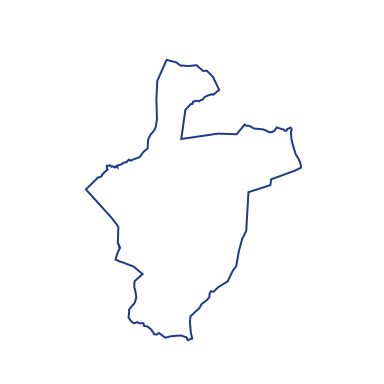 the district of Dange Shuni, Sokoto, Nigeria, rotated 240°
{"feature_id": "59680162B96995039930644", "entity_name": "Dange Shuni", "entity_type": "district", "adm_level": 2, "iso_a3": "NGA", "parent_name": "Nigeria", "parent_adm1": "Sokoto", "projection": "orthographic", "projection_center": [5.413, 12.816], "detail": "fine", "context": "isolated", "style": "outline", "palette": "blue", "viewbox_px": 384, "rotation_deg": 240, "n_neighbors": 0, "source": "geoboundaries", "source_scale": "gbopen_adm2", "svg_char_len": 3151}
<svg xmlns="http://www.w3.org/2000/svg" viewBox="0 0 384 384"><g transform="rotate(240 192 192)"><path d="M273.0,198.3L266.8,193.5L264.0,189.7L262.6,185.1L259.3,180.2L251.9,175.3L251.0,169.9L248.4,164.2L249.1,160.0L249.7,156.0L249.8,154.5L251.6,153.7L250.6,150.1L251.6,147.2L251.2,144.5L251.8,142.5L252.3,140.6L250.5,139.7L252.3,139.1L251.8,137.3L253.8,136.4L254.1,134.9L256.1,134.5L256.5,132.8L257.3,131.3L255.3,130.2L253.5,130.1L253.6,128.9L252.9,127.1L253.0,125.8L252.2,124.6L252.2,123.1L251.2,122.2L250.8,120.6L251.2,118.8L251.7,117.3L251.1,116.3L247.3,101.4L230.4,105.0L209.6,109.5L200.7,110.7L198.3,110.6L186.7,103.4L186.0,102.9L185.8,102.7L185.5,102.6L185.4,102.5L185.3,102.4L185.2,102.3L184.8,102.4L184.7,102.3L184.4,102.2L184.2,102.1L183.9,102.2L183.7,102.1L183.2,102.1L182.9,102.2L182.6,102.3L182.4,102.4L182.2,102.4L182.0,102.1L181.9,102.0L181.8,101.9L181.6,101.8L181.4,101.6L181.0,101.6L180.8,101.5L180.6,101.4L180.3,101.5L180.1,101.6L180.0,101.9L179.9,101.9L179.7,101.8L179.7,101.7L179.5,101.4L179.3,101.1L179.2,100.8L178.9,100.6L178.7,100.5L178.7,100.2L178.5,99.8L175.3,95.7L171.6,91.9L170.1,93.3L167.8,94.7L165.9,96.6L159.7,101.6L156.6,104.2L152.4,105.7L145.7,108.2L143.4,97.6L138.5,94.4L134.5,93.4L131.3,92.2L128.8,91.2L126.6,89.1L125.2,87.6L124.2,85.8L123.8,84.8L123.2,82.5L121.5,78.6L119.7,77.7L115.0,74.3L110.6,74.6L107.4,76.0L106.6,79.5L104.9,80.6L104.2,81.3L103.8,82.4L103.2,83.7L102.8,84.1L102.1,84.2L101.9,84.2L101.7,84.1L101.4,84.0L101.2,83.8L101.1,83.7L100.9,83.6L100.6,83.6L100.2,83.6L99.8,83.6L99.4,84.3L99.0,84.9L98.3,85.6L97.6,86.2L96.7,86.7L96.0,86.9L93.1,88.0L91.1,87.9L90.7,88.0L90.2,88.1L89.9,88.2L89.7,88.2L89.4,88.2L88.9,88.2L88.5,88.1L88.1,88.0L87.8,88.0L87.4,88.6L87.1,89.0L86.8,89.4L86.4,89.9L86.1,90.3L86.1,90.5L86.3,90.9L86.3,91.1L86.4,91.4L86.4,91.7L86.4,91.9L86.5,92.1L86.5,92.4L86.4,92.7L86.4,92.9L79.2,96.0L77.6,101.6L75.2,106.9L73.0,110.9L68.8,114.6L65.8,114.2L65.6,116.2L64.9,118.9L70.9,120.7L80.6,125.3L85.1,128.5L87.9,140.7L90.1,144.1L91.0,151.2L92.5,154.7L95.0,156.2L96.6,158.7L94.8,161.0L96.5,167.2L96.8,178.3L103.3,187.8L105.9,193.4L117.0,202.7L124.6,210.3L126.6,212.2L127.2,213.5L131.2,219.5L163.6,240.8L158.8,263.3L163.4,266.9L159.0,291.9L158.6,298.6L160.7,299.6L164.0,300.5L167.6,300.8L173.0,300.7L180.8,302.5L187.7,304.4L194.0,307.4L195.7,308.8L196.5,309.7L198.5,309.6L198.7,308.1L198.7,307.2L198.8,305.9L198.5,305.2L197.9,304.5L198.4,303.4L198.7,302.9L200.1,302.6L205.6,297.6L203.9,294.3L203.8,292.4L203.9,291.5L204.5,289.7L205.1,288.9L210.6,285.0L215.6,277.9L216.3,277.2L219.0,275.8L220.9,274.2L222.3,272.1L224.1,271.3L219.7,259.5L229.6,243.6L243.3,209.2L266.4,227.3L268.2,233.2L268.8,234.9L268.0,236.5L269.6,237.9L269.4,239.9L268.2,242.4L267.0,243.5L267.2,245.0L266.9,246.9L266.8,247.7L267.2,248.7L267.7,249.6L267.8,250.2L267.8,251.3L267.8,251.9L267.6,254.4L267.0,256.3L267.0,257.8L266.5,258.4L265.7,258.8L265.8,260.7L266.5,264.4L266.8,266.6L281.3,267.7L289.5,265.5L291.4,262.1L294.5,261.0L297.7,259.9L299.3,259.5L300.1,258.3L301.4,255.0L303.2,251.2L305.6,248.0L307.2,245.3L312.1,243.2L319.1,236.1L305.6,217.5L290.2,207.6L273.0,198.3Z" fill="none" stroke="#1e3a8a" stroke-width="2"/></g></svg>